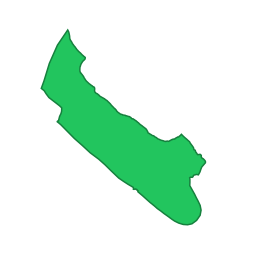 the district of Mad, Vientiane, Laos, rotated 107°
{"feature_id": "54806243B62258390491570", "entity_name": "Mad", "entity_type": "district", "adm_level": 2, "iso_a3": "LAO", "parent_name": "Laos", "parent_adm1": "Vientiane", "projection": "albers", "projection_center": [101.829, 18.685], "detail": "fine", "context": "isolated", "style": "filled", "palette": "green", "viewbox_px": 256, "rotation_deg": 107, "n_neighbors": 0, "source": "geoboundaries", "source_scale": "gbopen_adm2", "svg_char_len": 5409}
<svg xmlns="http://www.w3.org/2000/svg" viewBox="0 0 256 256"><g transform="rotate(107 128 128)"><path d="M186.1,99.9L188.4,94.5L190.5,90.0L192.8,85.0L194.8,80.0L196.5,76.3L197.7,72.6L199.3,68.5L200.3,65.4L202.4,59.4L203.4,56.1L204.1,51.7L204.1,47.0L203.1,42.7L200.9,38.8L196.3,35.4L190.4,33.5L185.2,34.1L180.9,36.4L177.3,39.7L174.5,42.5L172.0,44.8L165.0,52.1L161.9,52.9L158.7,53.9L157.5,54.5L156.8,53.9L156.4,52.2L155.6,51.6L154.7,51.6L153.6,51.0L153.1,50.0L152.4,49.0L152.2,47.0L150.8,46.7L149.3,46.4L147.9,46.3L146.8,46.3L145.3,46.2L143.5,46.0L141.8,45.2L139.7,44.3L138.6,43.8L137.3,44.2L136.6,45.0L136.0,46.0L135.5,46.9L135.0,48.7L134.3,49.4L133.5,49.7L132.8,49.9L132.4,50.5L132.1,51.4L132.3,51.8L132.7,52.5L133.1,53.7L132.6,54.3L131.8,55.2L131.2,56.2L130.5,56.6L129.6,57.3L129.5,58.1L129.4,58.7L128.7,59.0L127.7,59.6L126.9,60.5L125.1,62.9L124.5,63.8L123.1,65.2L122.4,66.9L121.5,68.7L120.6,70.8L119.7,72.7L118.4,75.1L119.0,75.4L119.3,75.5L119.9,75.8L120.3,76.1L120.6,76.2L120.8,76.5L121.0,76.6L121.5,76.8L121.8,77.1L122.0,77.3L122.1,77.6L122.1,77.9L122.3,78.0L122.8,78.5L123.0,78.7L123.2,78.9L123.7,79.4L124.2,79.8L124.3,79.9L124.6,79.9L124.7,80.0L124.9,80.2L125.1,80.4L125.1,80.6L125.2,80.8L125.3,81.2L125.4,81.5L125.5,81.7L125.6,81.8L125.9,81.9L126.0,82.0L126.0,82.3L126.2,82.6L126.3,82.7L126.9,83.3L127.1,83.5L127.3,83.6L127.5,83.9L127.6,84.0L127.8,84.1L127.9,84.3L128.3,84.5L129.0,85.5L128.9,86.0L129.0,86.5L129.1,86.8L129.5,87.5L129.8,87.8L129.9,88.2L129.8,88.4L130.0,88.8L130.0,89.5L130.0,89.8L129.9,90.6L130.0,92.4L130.0,93.0L130.0,93.4L129.9,93.9L129.7,95.0L129.7,95.3L129.7,95.9L129.6,96.3L129.5,96.6L129.4,97.0L128.9,97.9L128.8,98.3L128.8,98.7L128.7,99.3L128.6,99.6L128.5,99.8L128.5,100.1L128.3,100.4L128.2,100.6L128.0,100.9L128.0,101.1L128.0,101.4L128.0,101.7L128.1,102.7L128.0,102.9L127.9,103.1L127.8,103.4L127.5,104.3L127.4,104.8L127.3,105.6L127.2,105.7L127.0,106.2L127.0,106.4L126.9,106.9L126.8,107.2L126.7,107.5L126.3,107.7L126.1,107.9L125.6,108.2L125.4,108.5L125.0,108.9L124.8,109.1L124.4,109.4L124.3,109.7L124.2,109.9L123.9,110.3L123.7,110.5L123.4,110.7L123.0,112.2L122.7,112.8L122.6,113.2L122.5,113.4L122.4,113.8L122.2,114.2L122.0,114.8L121.8,115.1L121.7,115.4L121.5,116.2L121.4,116.4L121.3,116.6L121.2,116.8L121.1,117.4L121.0,117.7L120.8,117.9L120.7,118.1L120.7,118.3L120.6,118.5L120.2,119.1L120.0,119.4L119.9,119.7L119.8,119.9L119.8,120.1L119.8,120.4L119.7,120.6L119.6,120.8L119.5,121.0L119.3,121.1L119.2,121.5L119.1,121.9L118.9,122.1L118.8,122.3L118.7,122.8L118.5,123.5L118.2,124.3L118.2,124.5L117.8,125.6L117.8,125.8L117.8,126.2L117.9,126.4L118.0,126.7L118.0,126.9L117.9,127.1L117.8,127.3L117.6,127.7L117.4,127.9L117.2,128.3L117.1,128.5L117.1,128.9L117.0,129.1L116.8,129.5L116.7,129.7L116.7,130.1L116.8,130.5L116.8,131.0L116.8,131.5L116.8,132.1L116.8,133.3L116.9,133.7L116.9,133.9L116.7,134.1L116.8,135.1L116.9,136.0L117.1,137.0L116.9,137.3L116.8,137.8L116.8,138.3L116.9,138.5L117.1,138.8L116.8,139.6L116.7,139.8L115.8,142.5L115.3,143.4L115.3,143.6L115.0,143.8L114.2,144.7L113.7,145.6L113.4,146.1L113.3,146.3L113.4,146.6L112.8,147.4L112.3,148.3L111.9,149.1L111.5,149.8L110.8,151.0L110.1,151.9L109.6,152.9L109.1,153.8L108.6,154.9L108.3,155.4L107.9,156.1L107.7,157.0L107.3,158.1L107.3,158.4L106.9,159.0L106.8,159.9L106.5,160.9L106.3,162.1L106.1,162.7L106.1,163.1L106.0,163.4L105.7,164.4L105.2,165.2L104.9,165.7L104.7,166.5L104.4,166.9L104.3,167.3L104.2,167.7L104.2,168.2L104.1,168.6L103.4,170.0L102.7,170.6L102.1,170.9L101.1,171.1L100.0,171.4L99.6,171.6L99.3,171.8L98.8,172.4L98.7,172.7L98.7,173.0L98.8,173.3L98.7,173.6L98.2,174.4L98.0,175.5L97.5,176.4L97.3,177.2L97.0,178.1L95.8,180.5L95.6,181.0L95.0,182.0L94.3,182.9L93.5,183.8L93.0,184.4L92.7,184.9L92.3,185.1L92.0,185.3L91.5,185.9L91.3,186.2L90.4,187.4L90.0,188.0L89.6,188.6L89.2,189.1L89.2,189.5L88.8,189.7L88.4,190.1L87.8,190.6L87.5,190.7L86.9,190.9L85.7,191.3L84.8,191.5L83.9,191.7L83.2,191.7L82.5,191.6L81.5,191.7L81.0,191.6L80.6,191.6L79.8,191.4L77.9,190.9L77.4,190.7L76.6,190.3L75.6,189.7L75.1,189.4L74.6,189.3L74.0,189.3L73.5,189.4L73.1,189.5L72.9,189.8L72.7,190.2L72.6,190.7L72.4,191.1L72.3,191.3L72.3,191.5L72.1,191.7L71.8,192.4L71.5,193.1L70.5,194.9L70.2,195.3L70.0,195.9L69.7,196.5L69.4,197.2L69.0,198.0L68.5,198.7L68.0,199.7L67.5,200.4L67.2,200.6L66.8,201.3L66.0,202.2L65.5,203.1L64.8,204.1L64.1,204.9L63.9,205.3L63.5,205.9L63.0,206.3L62.5,206.7L62.0,207.3L61.6,207.7L61.4,208.0L61.2,208.3L60.9,208.6L60.7,208.8L60.4,209.1L59.5,209.8L58.5,210.2L58.1,210.4L57.4,210.6L57.0,210.8L55.3,211.7L54.1,212.4L53.7,212.6L52.6,213.6L51.9,214.3L69.4,219.7L89.2,222.1L107.4,222.1L115.5,222.5L116.8,219.1L119.3,216.2L122.0,212.5L126.7,200.1L128.1,197.3L131.3,196.4L133.7,196.3L136.9,196.8L141.3,196.6L141.3,196.8L141.5,196.9L141.8,197.1L142.0,197.3L142.3,197.5L142.7,197.5L143.4,195.7L144.5,193.2L149.0,184.9L153.7,176.2L158.0,166.7L162.8,156.8L166.4,146.8L170.0,139.0L174.1,131.2L178.6,122.2L180.3,116.8L181.8,111.6L183.2,105.7L183.3,105.6L183.6,105.4L183.8,105.4L183.9,105.2L184.1,105.1L184.3,105.0L184.5,104.9L184.9,104.9L185.0,104.9L185.0,104.7L184.9,104.3L184.8,104.2L184.7,104.1L184.6,103.8L184.5,103.7L184.4,103.5L184.3,103.4L184.3,103.1L184.2,103.1L184.1,102.8L184.2,102.7L184.2,102.2L184.3,102.1L184.3,101.9L184.3,101.7L184.6,101.6L184.6,101.4L184.6,101.2L184.7,100.8L184.8,100.7L185.0,100.6L185.1,100.4L185.2,99.9L185.3,99.9L185.5,100.0L185.9,99.9L186.1,99.9Z" fill="#22c55e" stroke="#15803d" stroke-width="1.5"/></g></svg>